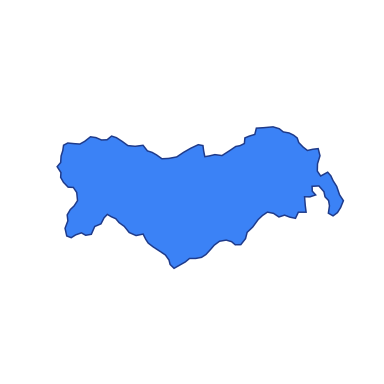 outline of Ewbank da Câmara, Minas Gerais, Brazil, rotated 33°
{"feature_id": "56859067B96490156816803", "entity_name": "Ewbank da Câmara", "entity_type": "district", "adm_level": 2, "iso_a3": "BRA", "parent_name": "Brazil", "parent_adm1": "Minas Gerais", "projection": "orthographic", "projection_center": [-43.556, -21.576], "detail": "fine", "context": "isolated", "style": "filled", "palette": "blue", "viewbox_px": 384, "rotation_deg": 33, "n_neighbors": 0, "source": "geoboundaries", "source_scale": "gbopen_adm2", "svg_char_len": 1850}
<svg xmlns="http://www.w3.org/2000/svg" viewBox="0 0 384 384"><g transform="rotate(33 192 192)"><path d="M323.7,116.8L317.3,114.0L310.3,108.5L304.2,105.7L299.6,102.8L295.0,101.5L291.2,108.5L285.7,106.2L281.9,100.0L279.6,91.9L274.2,86.9L270.0,90.4L266.2,94.3L260.7,93.8L254.6,92.4L250.8,89.4L246.2,89.0L241.3,89.6L235.8,91.9L230.7,91.4L224.5,93.2L217.0,99.1L211.2,103.4L213.3,109.5L209.6,113.9L206.9,117.8L209.5,122.8L207.1,126.9L203.9,130.0L201.3,136.2L197.3,145.1L190.8,148.2L187.0,152.2L183.5,155.4L179.4,151.2L175.9,147.1L171.5,148.9L167.1,156.0L163.3,163.4L160.1,170.9L154.2,176.5L148.7,180.5L142.1,180.2L137.0,180.5L132.2,181.8L125.5,179.5L119.5,184.6L113.0,188.0L106.1,187.6L99.0,187.6L94.1,188.9L92.3,194.5L87.7,197.7L81.8,198.7L76.8,201.0L74.4,208.0L71.8,212.9L66.7,215.7L61.1,218.6L58.8,222.7L61.1,227.7L62.6,233.1L65.8,238.8L65.1,244.2L71.5,247.1L73.9,251.3L79.0,253.9L85.5,255.4L90.0,252.8L95.6,255.2L100.7,261.6L100.7,268.0L99.5,272.9L99.8,279.2L103.6,283.8L105.3,291.6L110.9,297.1L115.6,296.1L117.8,291.3L121.5,286.5L126.4,286.2L130.6,282.3L129.2,273.9L133.0,268.3L132.3,261.5L133.2,256.9L137.8,256.7L142.6,255.9L147.5,257.4L153.9,257.7L161.4,260.2L168.8,259.0L173.9,253.9L179.0,256.9L183.1,258.7L189.3,259.2L196.7,259.2L204.0,259.3L209.8,261.6L213.1,264.7L218.5,265.8L221.6,259.8L224.5,254.3L226.1,249.1L231.2,245.8L235.6,241.6L237.7,236.9L238.8,230.4L239.6,224.5L241.9,218.3L246.9,213.7L252.2,212.1L257.0,212.7L261.6,209.6L262.3,202.0L260.2,195.8L262.0,188.3L262.5,179.0L263.9,173.3L266.2,167.8L272.0,165.5L278.5,165.6L282.2,161.0L287.8,159.8L293.1,157.7L292.2,151.0L298.7,146.8L294.3,141.6L289.0,134.7L293.6,131.8L297.3,127.1L292.4,125.8L289.6,121.8L295.1,117.8L302.5,119.9L306.2,123.6L311.2,124.8L314.8,128.7L317.9,135.5L323.3,135.2L325.2,130.1L325.1,124.1L323.7,116.8Z" fill="#3b82f6" stroke="#1e3a8a" stroke-width="1.5"/></g></svg>